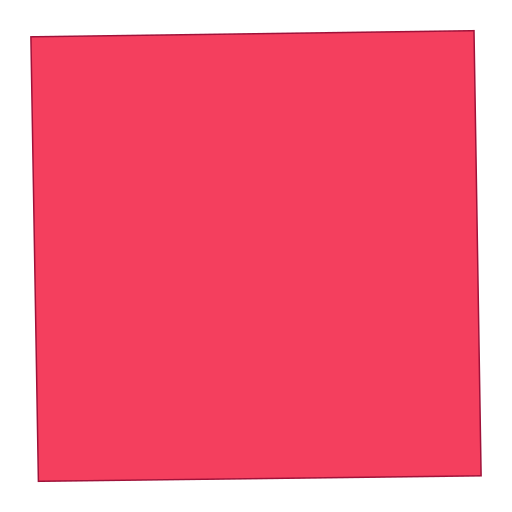 outline of Lubbock, Texas, United States of America
{"feature_id": "52423323B93291035550773", "entity_name": "Lubbock", "entity_type": "district", "adm_level": 2, "iso_a3": "USA", "parent_name": "United States of America", "parent_adm1": "Texas", "projection": "orthographic", "projection_center": [-101.874, 33.61], "detail": "fine", "context": "isolated", "style": "filled", "palette": "rose", "viewbox_px": 512, "rotation_deg": 0, "n_neighbors": 0, "source": "geoboundaries", "source_scale": "gbopen_adm2", "svg_char_len": 186}
<svg xmlns="http://www.w3.org/2000/svg" viewBox="0 0 512 512"><path d="M30.9,36.8L38.4,481.3L481.1,475.8L474.0,30.7L30.9,36.8Z" fill="#f43f5e" stroke="#9f1239" stroke-width="1.5"/></svg>